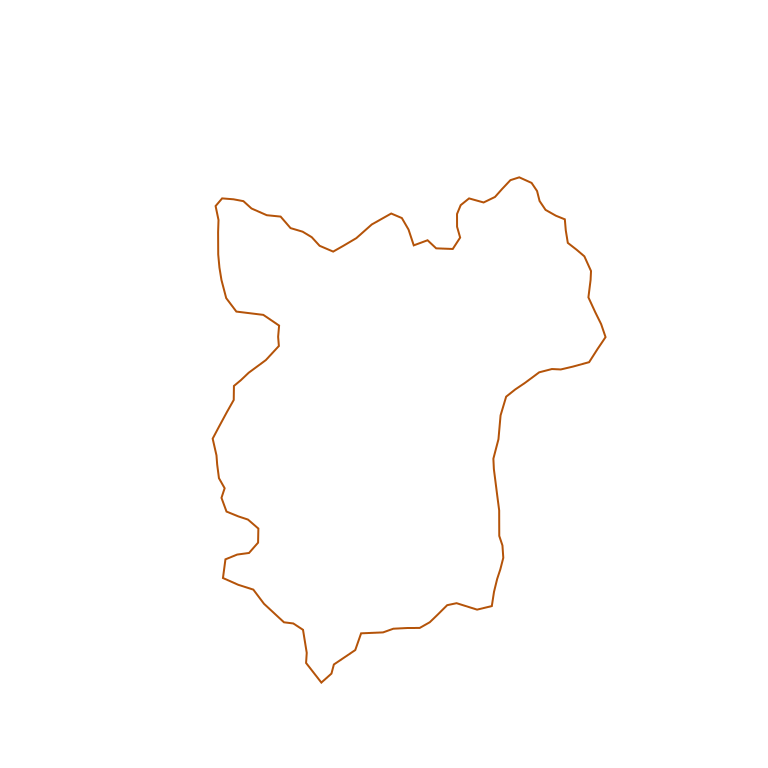 outline of Komi Kepir, Cyprus, rotated 236°
{"feature_id": "46923920B77535309338235", "entity_name": "Komi Kepir", "entity_type": "district", "adm_level": 2, "iso_a3": "CYP", "parent_name": "Cyprus", "parent_adm1": "", "projection": "albers", "projection_center": [33.993, 35.411], "detail": "fine", "context": "isolated", "style": "outline", "palette": "amber", "viewbox_px": 768, "rotation_deg": 236, "n_neighbors": 0, "source": "geoboundaries", "source_scale": "gbopen_adm2", "svg_char_len": 1726}
<svg xmlns="http://www.w3.org/2000/svg" viewBox="0 0 768 768"><g transform="rotate(236 384 384)"><path d="M139.6,349.2L150.2,359.0L159.1,368.8L165.3,376.8L173.2,385.7L183.9,391.9L193.6,394.6L206.9,403.5L214.8,408.8L229.0,415.9L237.9,420.4L252.0,427.5L260.9,432.9L274.2,448.0L292.8,463.1L305.2,478.2L306.1,489.8L306.1,501.4L306.9,519.2L302.5,531.6L297.2,538.7L292.8,550.3L287.4,566.3L293.6,580.6L297.1,589.3L299.0,593.9L312.2,597.5L325.5,599.3L341.5,601.9L354.8,613.5L361.9,618.8L377.8,621.5L387.5,618.8L398.2,615.3L409.7,620.6L419.4,626.0L427.4,620.6L438.0,615.3L448.7,615.3L458.4,618.8L468.2,618.8L479.7,611.7L482.3,602.8L479.7,591.2L477.0,580.6L478.8,568.1L490.3,558.3L489.4,547.6L484.1,539.6L473.5,532.5L462.8,529.0L457.5,516.5L467.3,503.1L478.8,500.5L482.3,486.2L498.3,490.7L511.6,491.6L521.3,485.3L523.1,463.1L520.4,442.6L521.3,427.5L522.2,415.9L534.6,407.9L546.1,406.2L555.8,401.7L565.5,393.7L580.6,391.9L589.5,381.2L603.6,372.3L614.2,369.7L621.3,362.5L628.4,353.6L625.7,343.9L612.5,338.5L602.7,331.4L584.1,319.0L572.6,312.7L561.1,307.4L543.4,301.2L526.6,302.1L508.8,322.6L491.1,329.7L482.3,322.6L474.3,318.1L469.9,299.4L469.0,278.1L467.2,267.4L466.3,258.5L454.8,250.5L448.6,238.1L440.7,223.0L434.5,211.4L418.5,205.2L410.6,200.7L398.2,194.5L386.7,193.6L380.5,185.6L366.3,182.1L355.7,189.2L347.7,195.4L334.4,199.0L322.9,190.9L319.4,177.6L324.7,166.9L327.3,154.5L313.2,142.0L299.0,150.9L286.6,160.7L268.9,161.6L242.4,167.8L236.2,174.9L225.5,179.4L204.3,169.6L196.3,163.4L171.5,165.1L173.3,178.5L179.5,185.6L179.5,195.4L179.5,211.4L190.1,225.6L178.6,244.3L175.9,254.9L168.9,266.5L161.8,277.2L160.9,288.7L162.6,298.5L165.3,312.7L161.7,321.6L144.9,335.0L139.6,349.2Z" fill="none" stroke="#b45309" stroke-width="2"/></g></svg>